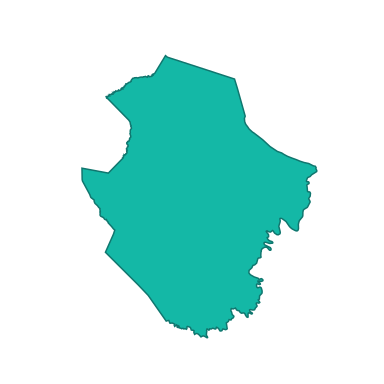 outline of Namwala, Southern, Zambia, rotated 134°
{"feature_id": "96606910B54328368707661", "entity_name": "Namwala", "entity_type": "district", "adm_level": 2, "iso_a3": "ZMB", "parent_name": "Zambia", "parent_adm1": "Southern", "projection": "equal_earth", "projection_center": [26.749, -15.957], "detail": "fine", "context": "isolated", "style": "filled", "palette": "teal", "viewbox_px": 384, "rotation_deg": 134, "n_neighbors": 0, "source": "geoboundaries", "source_scale": "gbopen_adm2", "svg_char_len": 5983}
<svg xmlns="http://www.w3.org/2000/svg" viewBox="0 0 384 384"><g transform="rotate(134 192 192)"><path d="M251.3,287.7L259.3,279.7L260.2,278.4L264.8,263.9L266.1,261.2L266.2,260.0L265.9,259.4L266.0,258.7L265.7,257.1L265.9,256.6L266.4,256.3L267.3,254.7L267.6,253.7L267.5,250.5L267.9,248.3L267.8,246.7L268.9,245.8L269.2,245.0L269.8,244.3L270.1,244.4L270.2,244.0L270.6,244.0L271.3,243.0L271.8,242.8L272.7,241.7L272.8,240.7L272.0,238.3L272.0,237.1L272.3,236.2L272.1,235.2L271.7,234.3L271.3,234.3L271.9,232.9L271.8,232.1L272.0,231.1L272.4,231.0L272.7,225.8L273.1,222.9L273.0,221.1L276.9,219.2L295.5,212.4L296.2,166.2L296.8,151.7L302.8,120.9L301.0,119.9L300.5,119.4L301.7,116.9L301.6,116.6L299.9,115.1L299.1,112.7L300.3,112.1L300.7,111.1L298.2,110.8L298.3,110.0L299.4,109.1L299.5,108.5L299.2,108.0L298.1,108.8L297.5,108.7L297.6,108.2L298.5,106.6L297.8,105.5L297.6,104.5L296.3,103.8L296.2,102.7L295.0,102.0L294.7,100.7L293.9,100.7L292.7,101.8L292.1,102.0L291.7,101.7L290.7,99.7L290.7,98.8L291.8,96.6L290.5,94.8L290.4,94.2L291.9,92.9L292.6,91.2L291.0,90.8L290.3,90.0L289.9,88.9L289.8,87.6L290.0,84.9L288.2,84.3L287.5,83.7L287.0,82.4L286.4,79.9L285.9,79.7L285.5,80.2L284.9,82.5L284.0,82.9L283.4,83.7L282.2,84.3L281.5,85.4L280.1,86.1L279.9,85.9L279.9,84.4L279.6,83.9L279.0,83.8L278.3,84.3L278.0,84.2L277.2,83.0L275.8,82.6L275.3,82.0L274.5,80.1L273.7,79.8L272.4,80.5L272.1,80.3L271.8,78.5L271.9,77.4L272.5,75.6L272.1,74.8L271.1,74.2L269.0,74.6L267.7,72.2L266.7,71.7L265.9,71.7L262.3,76.4L259.9,75.9L258.0,76.7L257.1,75.2L256.8,75.0L255.6,75.4L253.8,74.9L252.6,75.3L252.2,75.7L252.2,78.0L250.8,80.2L250.5,81.5L248.6,82.8L248.3,82.6L247.6,81.2L245.3,80.1L245.9,78.0L245.3,76.3L244.6,75.6L245.1,74.0L245.1,73.2L244.7,72.1L243.3,71.1L242.9,70.4L242.9,68.7L243.3,68.4L243.9,65.9L243.4,64.8L243.0,64.8L240.8,67.0L239.8,67.4L239.2,66.9L238.5,64.5L237.8,64.1L237.3,64.3L237.2,65.1L237.6,66.4L237.6,67.2L237.4,68.0L236.8,68.7L236.4,68.6L235.7,68.0L235.1,66.8L233.9,65.5L233.1,65.2L231.4,65.8L229.2,65.8L228.7,66.1L227.9,68.1L227.3,68.5L226.6,68.3L225.5,66.7L224.4,66.5L224.1,67.1L223.6,69.4L222.3,69.1L219.7,71.3L216.4,71.3L215.3,72.0L214.2,73.2L212.9,75.5L212.9,76.5L213.3,77.2L215.2,78.1L215.4,79.0L215.0,80.0L213.7,81.3L213.0,81.3L212.6,81.0L211.6,79.0L211.1,78.8L210.8,78.8L210.4,79.4L210.4,80.7L210.8,82.1L210.4,82.7L209.4,81.8L208.5,80.3L207.6,79.7L206.5,79.4L205.9,80.1L205.9,81.2L206.2,82.0L208.3,83.1L208.1,84.5L209.9,88.3L211.0,92.6L210.7,94.9L208.7,96.5L204.9,96.3L202.5,97.2L200.9,96.3L198.3,96.1L194.1,98.4L193.3,98.3L192.1,97.3L190.9,97.1L190.0,98.3L187.5,100.5L186.6,100.9L186.0,101.6L184.0,102.2L181.6,101.5L180.2,100.5L179.7,99.1L180.0,96.6L179.9,95.6L179.4,95.1L178.8,95.0L178.0,95.6L177.6,97.0L179.4,102.6L179.5,103.4L179.0,104.4L178.7,104.8L178.0,104.9L177.3,104.4L176.8,103.8L175.1,100.4L172.8,98.5L172.4,98.6L172.1,99.0L172.1,100.0L173.2,102.3L173.4,103.8L173.2,105.1L172.5,106.3L171.1,105.8L170.5,106.2L169.5,107.4L169.1,110.2L168.7,111.3L167.8,111.1L167.3,109.1L166.4,107.8L165.4,107.5L163.8,107.4L163.6,106.6L164.2,104.1L163.7,101.2L162.8,100.2L161.0,99.7L160.0,100.2L159.2,101.2L156.3,105.8L152.2,107.9L151.3,108.7L150.4,110.1L149.9,110.3L149.1,109.7L148.6,108.7L147.9,103.9L149.1,98.1L149.2,96.5L149.0,94.3L148.0,90.9L147.5,89.9L146.6,89.2L145.8,89.2L144.4,89.9L141.3,93.1L139.1,94.4L137.9,94.9L133.0,95.3L132.0,95.9L129.5,98.2L127.8,99.3L126.7,99.4L123.1,98.4L122.3,98.5L117.1,100.1L116.3,101.6L116.1,102.8L115.6,103.5L112.9,104.1L110.6,105.9L110.2,107.0L110.3,107.5L111.2,108.6L111.2,109.5L108.4,112.7L107.5,114.0L106.8,114.3L104.7,113.7L103.9,114.4L103.7,115.2L104.8,116.6L104.8,117.1L104.4,117.5L102.6,118.4L101.2,118.8L98.8,117.8L96.5,117.9L90.7,116.5L89.9,117.1L89.1,119.2L88.3,119.6L87.8,121.1L88.9,122.9L90.4,127.8L92.9,131.8L94.8,135.7L96.2,139.3L98.0,143.3L100.0,148.1L101.1,152.0L101.6,154.6L103.5,158.7L105.1,167.5L105.3,177.5L106.6,189.0L106.9,189.9L107.0,194.7L106.4,197.5L106.0,200.3L104.9,202.8L102.7,205.4L100.5,206.4L85.9,231.4L81.2,239.9L112.1,303.3L112.3,305.8L132.7,301.2L133.6,301.6L134.4,301.3L134.3,301.9L134.7,302.1L135.4,301.4L135.9,301.9L136.1,301.5L136.7,301.2L137.9,302.3L138.4,302.4L138.7,303.0L138.6,303.5L138.9,303.7L138.7,304.0L139.3,304.3L140.2,303.8L140.3,304.3L140.8,304.5L141.3,306.0L141.9,306.1L142.9,307.0L143.7,307.1L143.8,307.5L145.2,308.9L147.7,310.3L148.3,311.4L149.9,312.8L151.1,313.2L151.4,313.6L154.0,313.3L154.4,313.1L154.7,312.6L156.0,312.9L156.7,313.5L157.1,313.4L158.0,313.8L158.7,313.7L159.6,314.2L160.0,314.1L160.2,314.5L160.5,314.1L161.6,314.3L162.0,313.9L163.0,314.2L163.3,313.8L164.0,314.0L164.3,313.6L164.8,313.8L164.9,313.6L164.9,314.2L165.5,314.3L165.7,314.0L165.8,314.6L166.2,314.8L166.5,314.6L166.4,314.2L166.8,314.5L166.9,314.0L167.6,314.3L168.3,314.1L168.6,314.4L169.6,314.7L169.6,315.7L170.1,315.7L170.1,315.4L170.5,315.3L171.8,316.1L171.8,316.4L172.4,316.7L172.4,317.1L173.8,316.8L174.0,316.9L173.7,317.0L173.8,317.2L174.2,317.0L174.2,317.5L174.6,317.3L175.2,317.9L175.2,317.3L175.6,317.3L175.9,316.8L175.8,317.0L176.3,317.2L176.4,316.8L176.5,316.8L177.0,317.3L176.8,317.6L177.1,317.9L177.6,318.0L177.5,317.6L177.9,317.7L178.0,318.1L178.8,318.5L179.3,319.2L179.8,318.8L180.0,318.1L180.2,318.3L180.1,318.7L180.4,319.0L180.5,318.7L181.3,318.5L182.5,319.7L182.8,319.9L182.9,318.6L183.0,318.5L183.5,319.1L183.8,318.6L183.4,317.3L184.2,287.5L184.7,285.2L186.5,282.7L186.5,282.0L187.4,281.5L187.5,280.9L188.2,279.8L190.3,279.4L191.7,278.2L192.3,277.4L193.1,277.2L194.3,274.9L195.3,274.1L196.5,274.2L197.0,274.0L197.4,273.4L198.1,273.3L198.9,272.7L199.8,273.2L200.4,273.0L200.6,273.3L201.6,272.9L201.9,273.1L202.3,272.8L202.8,271.6L202.6,270.7L203.1,270.1L203.5,270.0L203.8,269.5L204.8,269.7L205.6,269.2L206.6,269.1L206.9,267.6L207.7,267.7L208.3,267.0L208.2,266.7L209.1,266.0L210.7,265.9L210.8,266.1L211.4,265.8L211.8,265.9L212.2,266.5L212.5,266.4L212.5,266.7L213.0,266.3L213.8,266.5L214.3,265.6L215.3,265.3L215.5,265.5L215.6,265.2L236.5,265.3L251.3,287.7Z" fill="#14b8a6" stroke="#0f766e" stroke-width="1.5"/></g></svg>